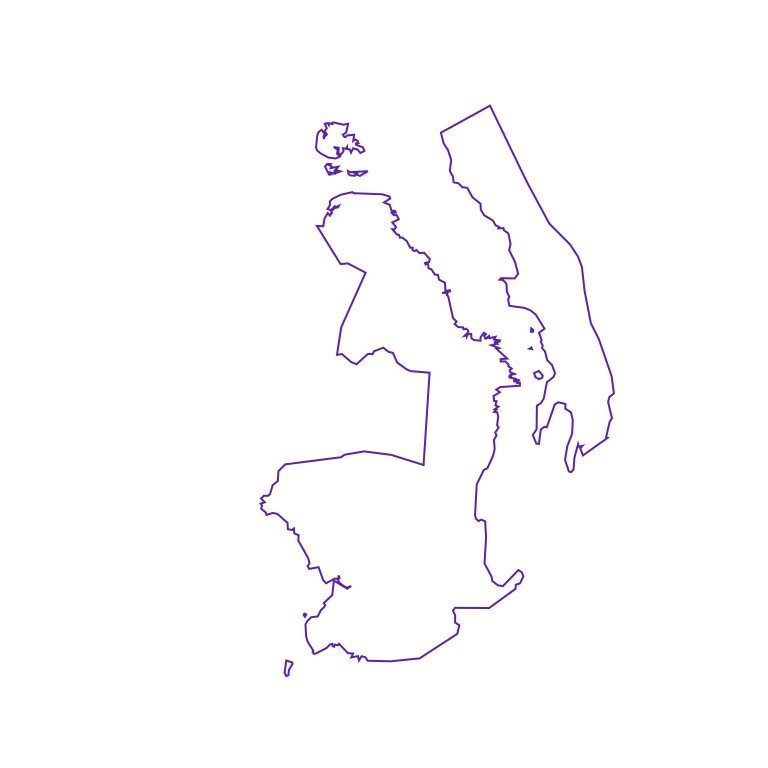 Muna, Sulawesi Tenggara, Indonesia, rotated 329°
{"feature_id": "22746128B70372019871554", "entity_name": "Muna", "entity_type": "district", "adm_level": 2, "iso_a3": "IDN", "parent_name": "Indonesia", "parent_adm1": "Sulawesi Tenggara", "projection": "mercator", "projection_center": [122.695, -4.871], "detail": "fine", "context": "isolated", "style": "outline", "palette": "violet", "viewbox_px": 768, "rotation_deg": 329, "n_neighbors": 0, "source": "geoboundaries", "source_scale": "gbopen_adm2", "svg_char_len": 6178}
<svg xmlns="http://www.w3.org/2000/svg" viewBox="0 0 768 768"><g transform="rotate(329 384 384)"><path d="M404.4,620.8L405.1,616.3L403.4,612.7L381.9,618.5L378.0,615.3L375.4,608.7L377.0,604.6L377.7,589.6L392.5,568.1L400.0,553.8L397.4,550.3L394.4,550.2L393.4,546.7L394.5,543.3L411.8,517.8L425.4,509.0L429.2,509.5L440.4,501.8L445.5,496.6L449.4,488.5L454.0,486.0L454.3,482.9L459.8,480.4L459.8,477.4L465.3,470.6L466.4,466.4L464.0,464.6L467.1,463.7L465.9,462.6L470.4,462.4L468.5,459.6L471.6,456.7L469.7,455.4L471.7,450.7L479.1,450.7L477.4,446.7L482.1,446.5L499.6,455.5L501.1,452.8L498.8,451.8L501.6,450.2L499.6,448.6L498.6,449.7L497.1,449.2L496.5,448.1L497.9,449.2L497.6,447.6L499.3,447.1L494.3,442.5L497.3,443.7L495.5,442.0L496.3,441.3L501.0,442.6L498.3,439.1L498.7,437.1L501.4,436.5L499.7,432.8L500.8,431.5L499.6,427.1L495.6,424.8L496.8,422.8L502.7,425.7L498.5,411.6L501.0,412.4L496.0,406.0L500.0,407.2L500.4,405.2L501.7,405.2L500.9,407.0L501.9,408.0L502.0,406.4L504.9,407.1L503.8,406.8L503.0,405.8L505.3,406.9L505.9,406.4L501.2,402.5L503.9,401.0L498.3,399.1L498.8,396.9L497.1,397.1L497.9,397.5L498.0,398.3L494.2,397.3L494.7,394.4L497.1,393.8L496.1,391.5L490.8,393.7L489.0,396.6L483.7,392.6L482.5,389.9L484.5,386.0L481.1,384.5L479.4,385.9L479.8,384.8L477.9,384.2L483.1,383.0L483.6,380.9L482.6,378.6L480.6,378.4L480.4,376.4L481.6,376.6L476.9,373.4L475.4,369.0L478.4,367.8L477.1,363.2L484.2,341.9L483.6,340.2L485.5,338.6L480.7,335.9L488.4,338.6L489.0,336.4L488.2,338.2L484.8,335.4L488.4,328.6L484.9,322.9L486.5,318.2L483.9,316.5L483.7,310.1L481.8,307.8L483.7,302.9L481.2,303.0L481.6,301.3L485.4,302.7L487.6,300.5L486.0,292.1L481.8,290.1L480.8,285.7L478.9,285.9L477.4,284.1L478.8,282.0L476.7,280.7L477.1,273.0L475.0,267.8L473.0,266.8L473.7,263.8L472.0,262.6L470.9,255.7L472.4,256.8L475.2,255.7L474.3,249.8L481.5,250.4L481.8,245.7L479.4,244.4L478.8,241.4L482.5,243.1L482.6,241.3L479.7,239.4L481.2,233.3L477.5,228.4L484.9,228.2L485.2,226.0L480.1,220.4L456.2,204.8L455.8,203.3L444.4,199.5L435.5,198.7L431.7,199.5L429.8,202.8L425.7,205.0L428.1,207.6L433.5,206.3L434.7,208.3L435.6,207.8L437.1,207.9L435.3,208.9L432.8,207.7L427.7,208.7L427.4,210.8L424.9,210.8L424.6,212.8L423.7,208.5L417.9,211.8L413.2,217.5L407.9,214.0L408.5,258.8L415.1,262.0L425.6,279.1L376.5,313.4L358.7,334.8L363.4,336.7L367.1,348.2L370.7,352.9L385.7,349.9L389.7,352.5L392.4,350.8L402.1,352.5L404.5,358.9L407.7,361.9L406.3,372.3L410.8,382.8L413.5,386.7L428.9,397.8L376.2,473.8L353.6,448.4L332.2,431.5L313.7,424.3L309.6,424.7L257.9,402.0L248.7,404.3L243.0,412.5L236.4,413.4L229.7,419.6L227.3,420.2L223.3,417.9L219.6,418.8L220.9,424.0L216.6,423.0L216.8,425.4L214.5,427.6L216.5,433.3L215.8,435.7L222.2,437.2L225.7,440.4L229.8,453.3L226.8,459.0L230.1,461.8L232.4,461.4L230.2,465.9L232.9,469.7L229.9,474.1L229.3,494.4L227.8,499.3L224.7,500.8L224.7,504.0L233.6,507.3L230.9,520.4L231.7,525.0L241.6,525.4L244.4,527.3L246.6,524.7L246.0,527.4L243.6,527.9L243.4,531.8L247.0,539.4L251.9,540.3L247.0,540.5L239.8,526.7L230.8,538.4L219.4,540.8L219.7,543.1L218.0,544.4L213.4,545.3L207.5,549.1L201.4,546.4L196.2,547.7L192.9,549.6L187.3,560.1L185.8,565.7L186.1,576.2L184.8,576.8L185.0,579.3L186.7,579.9L198.8,580.7L203.5,579.5L205.8,580.1L204.9,582.3L206.0,583.5L207.7,582.0L209.8,584.2L211.6,583.5L214.5,596.2L218.7,599.1L215.1,601.5L221.6,603.9L220.1,608.1L224.6,605.8L227.4,608.8L227.3,612.6L229.3,614.0L247.0,625.2L273.2,637.5L318.1,635.9L324.3,629.6L322.1,625.1L325.9,618.9L326.3,613.9L329.6,612.5L358.8,630.2L391.2,627.3L393.7,624.0L397.8,624.9L404.4,620.8ZM548.1,545.3L547.0,544.0L558.0,532.6L561.7,530.8L566.8,514.9L570.5,511.2L576.2,510.5L583.1,494.7L591.3,456.2L592.6,438.5L603.9,407.5L614.0,385.4L615.9,374.6L615.3,360.1L608.3,331.7L610.6,283.5L618.2,200.0L562.2,197.9L559.1,208.5L559.3,216.5L557.0,226.6L550.1,235.3L550.0,241.4L547.6,247.0L551.2,250.3L552.5,255.7L556.4,258.7L556.0,269.6L559.6,279.2L556.8,284.3L556.7,290.9L561.6,300.1L561.3,305.1L563.5,308.8L562.2,309.5L566.7,311.9L565.9,314.0L568.2,319.1L564.6,329.1L560.2,333.8L559.2,346.7L555.8,358.6L550.3,360.8L538.9,353.6L536.8,354.1L539.5,356.0L540.6,361.0L536.8,368.4L536.3,373.9L534.0,375.3L531.7,381.5L543.6,391.1L547.8,396.9L549.8,402.8L550.1,419.3L543.3,419.9L541.7,427.7L540.1,428.5L539.9,432.6L538.0,434.7L538.8,439.0L536.2,447.5L537.8,454.2L536.2,462.8L533.0,465.3L524.5,466.4L513.4,478.8L508.6,481.2L503.9,481.3L491.5,501.4L485.2,504.4L483.9,513.6L485.9,515.2L495.0,503.7L499.6,503.3L501.2,505.0L519.9,489.4L524.3,489.7L529.3,494.7L526.7,498.5L529.7,504.6L527.2,512.2L519.6,523.6L509.2,531.6L500.1,542.3L497.4,554.1L498.9,555.9L502.4,554.9L509.6,544.9L519.4,535.5L518.7,538.1L522.2,539.2L519.1,540.2L517.7,547.7L548.1,545.3ZM470.1,133.5L470.1,131.3L467.2,130.5L466.7,135.3L463.3,136.7L463.6,140.7L459.6,141.6L459.0,143.3L459.3,141.1L461.9,139.0L461.4,133.9L457.6,134.4L454.7,136.7L447.6,146.2L446.9,149.2L448.5,153.8L452.9,161.2L458.7,165.8L463.4,166.3L462.3,162.4L465.1,159.5L462.9,155.0L466.8,158.2L463.8,162.8L464.8,165.3L469.2,163.6L470.3,160.7L472.5,162.8L474.6,161.7L473.5,163.7L475.5,165.4L474.9,168.7L478.9,166.1L482.1,169.3L482.7,173.8L487.3,174.1L487.8,170.3L483.2,164.4L483.9,163.3L486.2,164.3L486.7,162.1L485.3,159.6L482.8,159.8L486.8,154.9L480.4,152.0L477.9,152.5L477.0,151.0L477.3,149.1L481.0,149.0L487.3,142.5L482.5,140.7L475.8,134.1L474.4,133.4L473.7,134.7L471.1,132.2L470.1,133.5ZM152.0,584.4L155.3,580.1L161.4,576.8L161.9,575.3L157.8,570.7L150.0,580.4L149.8,584.0L152.0,584.4ZM451.3,170.7L448.4,166.2L445.4,167.3L444.8,176.3L446.9,177.2L447.1,175.0L450.0,178.3L451.3,175.9L456.7,174.2L449.7,171.5L451.3,170.7ZM463.6,184.7L462.8,182.9L461.6,186.0L462.6,187.8L466.4,190.6L468.1,190.0L467.4,188.1L469.1,189.5L469.8,188.6L469.1,191.2L470.5,193.2L479.8,193.3L463.6,184.7ZM523.5,452.5L518.3,452.0L517.3,455.8L519.3,459.6L522.9,460.2L524.4,458.4L523.5,452.5ZM538.9,412.1L536.9,414.9L538.7,415.9L539.9,414.4L538.9,412.1ZM197.5,539.8L196.2,540.5L196.4,542.8L198.7,541.4L197.5,539.8ZM453.8,176.3L451.8,176.4L450.5,177.7L453.4,177.9L453.8,176.3ZM456.2,179.3L454.6,177.7L452.6,178.6L456.2,179.3ZM529.1,428.6L526.9,428.6L528.8,430.3L529.1,428.6ZM451.6,168.1L448.9,166.1L450.5,168.4L451.6,168.1Z" fill="none" stroke="#5b21b6" stroke-width="2"/></g></svg>